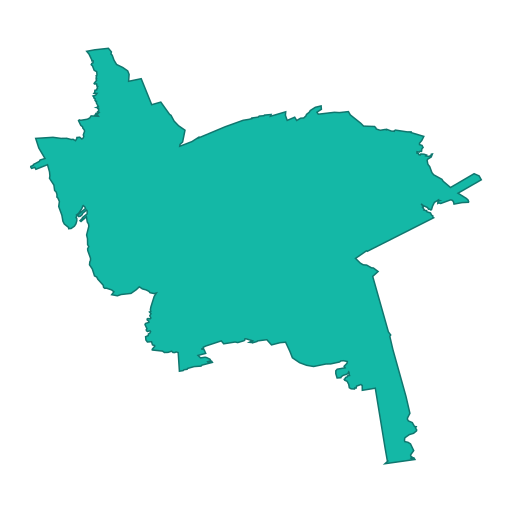 Barasti, Olt, Romania
{"feature_id": "2599482B95691276874704", "entity_name": "Barasti", "entity_type": "district", "adm_level": 2, "iso_a3": "ROU", "parent_name": "Romania", "parent_adm1": "Olt", "projection": "robinson", "projection_center": [24.65, 44.701], "detail": "fine", "context": "isolated", "style": "filled", "palette": "teal", "viewbox_px": 512, "rotation_deg": 0, "n_neighbors": 0, "source": "geoboundaries", "source_scale": "gbopen_adm2", "svg_char_len": 5926}
<svg xmlns="http://www.w3.org/2000/svg" viewBox="0 0 512 512"><path d="M414.9,459.5L413.8,457.8L411.5,458.6L410.9,458.2L412.2,457.2L410.7,456.0L410.6,454.9L413.7,450.6L410.5,443.9L408.0,442.3L404.8,441.6L404.5,440.6L404.7,438.1L405.4,437.4L409.3,434.6L413.6,433.3L416.5,430.9L416.7,429.9L415.5,428.0L416.2,426.7L414.5,426.5L412.3,422.6L408.4,420.9L407.4,419.3L407.5,418.0L409.9,413.3L406.0,396.5L392.9,349.6L389.8,336.3L390.7,335.0L388.4,331.9L372.7,276.4L378.1,271.5L373.4,268.0L371.4,267.8L366.7,265.1L363.2,264.8L360.3,263.1L355.5,258.4L366.5,250.8L367.3,251.3L433.6,217.8L432.8,217.3L432.9,216.0L431.5,215.0L430.5,212.9L427.1,211.9L426.5,211.0L426.8,210.1L426.3,210.8L423.9,210.0L424.2,209.6L422.5,207.3L423.3,207.0L423.3,206.5L421.1,203.8L423.3,205.6L427.5,207.5L428.5,209.2L429.5,209.1L430.9,210.0L431.5,209.6L432.6,206.0L434.4,202.4L438.6,199.8L438.7,200.5L439.6,200.6L438.0,201.3L437.8,203.4L438.8,202.9L440.7,203.5L450.5,199.9L451.9,200.1L453.4,201.5L454.0,204.1L462.0,202.6L468.4,202.3L468.7,201.8L468.0,199.9L466.2,198.3L458.0,193.2L481.3,179.8L479.1,175.9L474.1,173.7L450.5,187.5L443.2,181.3L441.9,179.3L433.7,174.8L431.9,172.6L429.7,166.6L427.9,164.3L427.1,160.4L427.7,159.2L431.2,157.0L432.4,154.0L431.3,154.2L430.9,155.6L428.7,156.4L425.8,155.9L426.5,155.0L424.0,154.2L420.8,154.0L420.2,155.0L418.9,154.7L418.5,153.7L416.9,153.1L417.0,151.7L419.2,152.1L420.1,151.3L421.5,151.4L421.9,148.8L423.1,147.5L422.0,145.4L419.5,144.6L419.5,143.2L421.8,140.5L423.8,136.4L410.8,132.5L411.0,131.9L407.3,131.9L395.4,130.1L394.2,130.8L394.2,131.3L391.4,131.1L386.6,129.3L386.2,129.9L385.4,129.4L380.2,130.3L376.3,129.0L375.7,127.6L374.5,126.5L363.6,126.1L360.7,123.2L350.3,114.9L348.4,111.6L339.5,112.6L334.4,112.3L318.3,114.2L316.9,112.2L321.4,109.3L321.1,105.9L315.3,107.3L310.3,110.5L309.2,112.3L306.5,114.4L306.0,115.8L303.7,118.0L300.6,118.2L296.7,120.5L294.7,117.2L287.2,120.4L285.4,115.3L285.7,111.8L270.4,116.3L271.1,114.5L264.4,115.1L264.0,115.7L259.2,116.1L258.2,117.1L251.9,118.0L252.1,118.5L249.3,119.3L243.1,120.3L225.3,126.7L198.4,138.0L198.5,137.4L191.9,141.6L179.7,146.3L180.0,144.4L182.6,142.0L185.0,130.2L178.5,125.7L174.1,121.1L171.0,115.3L169.6,114.4L160.8,102.1L151.7,104.7L141.2,78.7L128.6,81.3L129.1,74.4L127.7,70.9L122.8,67.5L116.6,64.5L114.0,60.2L112.2,55.2L111.0,54.0L111.4,51.9L108.4,48.3L94.7,49.8L86.7,51.3L89.0,54.1L91.9,60.2L91.8,60.8L93.1,60.9L93.0,62.8L91.8,63.4L91.2,64.7L92.4,65.8L94.2,70.3L96.7,71.7L97.0,75.0L96.1,75.8L96.5,76.6L96.1,78.2L96.6,78.5L96.2,79.4L96.6,80.3L94.1,83.4L94.5,84.0L96.6,83.9L96.9,86.0L97.7,86.4L97.2,87.1L97.5,88.2L96.7,89.1L96.7,89.9L94.9,90.3L94.7,92.4L94.0,93.3L97.0,93.4L95.6,95.2L93.0,96.0L93.9,97.1L93.9,98.0L95.1,98.7L95.0,100.3L95.9,101.5L96.5,101.4L96.4,103.0L98.3,106.4L97.1,106.7L98.5,106.8L96.5,107.5L97.5,107.7L97.7,108.5L98.6,108.5L98.6,111.0L97.8,111.6L98.9,112.3L96.8,113.1L97.6,113.5L95.8,114.0L96.0,114.6L94.9,115.1L95.7,115.9L96.4,115.2L97.7,115.1L98.5,116.3L91.1,115.9L89.8,117.9L87.4,119.2L80.8,120.3L79.3,119.9L78.5,120.6L80.8,125.4L82.5,126.7L82.8,128.1L84.2,129.8L84.6,131.2L83.3,134.9L83.8,136.5L83.1,138.1L81.8,139.0L79.7,137.2L76.9,137.5L76.9,138.4L75.5,140.7L73.1,139.3L71.2,139.5L66.7,138.3L61.0,138.4L53.0,137.3L35.7,138.4L38.8,148.0L45.0,158.5L40.1,160.0L39.3,161.4L33.4,164.5L33.4,165.3L30.8,166.4L30.7,167.0L31.6,168.4L34.8,167.4L35.9,169.3L47.5,164.7L49.5,171.8L49.9,176.0L49.5,178.3L53.9,185.1L54.6,190.4L56.3,192.2L57.0,194.8L56.9,197.1L57.8,197.9L59.4,201.5L58.7,206.5L61.9,215.3L62.9,221.2L64.3,224.0L68.6,227.5L68.7,228.7L71.1,228.5L74.4,226.2L75.9,223.9L76.8,220.8L76.8,218.4L76.0,217.7L76.9,215.7L76.4,215.0L78.6,213.3L81.7,208.8L82.9,205.8L83.3,205.5L85.1,207.3L85.5,208.5L78.7,214.1L77.8,215.4L78.8,216.6L80.3,216.2L82.1,214.7L82.6,213.4L86.6,210.0L87.1,210.6L87.2,213.8L82.5,217.6L82.7,218.0L80.0,220.7L81.0,221.5L86.4,216.8L87.3,222.1L88.5,224.0L88.8,226.3L86.6,235.0L87.5,238.7L87.6,244.7L88.8,246.6L87.6,248.8L87.8,250.7L90.5,258.2L90.5,260.4L89.8,261.9L89.5,264.8L92.3,269.0L94.5,275.9L96.7,277.0L97.8,279.2L103.2,285.2L103.6,287.4L104.8,288.3L106.5,288.2L111.6,289.9L113.9,291.8L111.7,294.7L117.4,295.8L121.1,294.5L131.0,293.4L136.4,289.6L139.3,286.8L142.4,288.9L146.1,289.9L149.0,291.4L150.0,292.7L154.2,293.6L156.4,293.0L154.2,296.4L150.9,306.9L150.4,309.6L150.8,311.5L149.5,312.0L151.0,313.7L149.8,315.7L150.9,318.0L150.1,318.8L147.9,318.5L147.1,319.1L147.3,320.1L148.6,320.9L148.9,322.3L145.5,323.5L145.0,324.6L147.0,328.8L146.2,329.8L146.5,330.8L147.6,331.5L149.9,330.7L150.6,331.6L149.9,333.1L148.4,334.0L148.2,335.6L145.6,336.7L145.9,340.0L147.4,342.0L151.5,341.7L152.5,344.9L154.6,345.5L154.7,346.3L152.2,349.3L152.3,350.0L162.5,351.1L164.4,352.5L168.0,352.4L171.6,351.2L173.0,352.5L174.8,352.6L176.1,351.9L178.2,352.6L179.4,371.2L183.1,370.6L184.1,369.7L187.1,369.3L187.7,368.4L194.1,366.6L201.0,366.1L202.0,365.1L212.4,362.4L211.7,361.3L207.9,362.1L207.6,361.7L210.6,361.0L210.7,360.5L209.9,359.2L206.7,357.6L205.1,357.2L200.5,357.9L198.0,355.4L205.7,353.4L204.2,349.9L203.4,349.3L201.2,349.1L203.5,348.4L203.2,347.3L205.8,346.0L221.3,340.9L223.7,343.8L235.2,342.0L237.7,342.6L244.0,340.7L244.8,340.0L244.8,339.0L245.7,338.7L252.3,340.7L249.3,342.3L251.2,342.5L252.6,341.8L252.6,342.8L257.0,341.5L257.6,340.9L266.8,339.7L271.5,344.9L280.0,342.7L285.6,342.2L289.9,351.4L292.4,357.8L299.6,362.7L306.6,365.3L313.6,366.5L325.9,364.0L330.7,363.9L339.5,362.0L340.9,360.9L343.6,360.7L347.3,361.5L347.0,363.3L344.1,366.3L345.1,367.8L337.2,369.2L335.8,370.8L335.8,373.7L337.1,378.0L340.9,377.7L341.3,376.7L343.1,375.4L347.8,373.8L348.6,371.8L349.1,372.4L349.1,374.2L349.6,375.5L347.5,375.9L347.2,376.9L345.5,377.5L345.2,378.6L344.2,379.3L344.7,380.2L347.1,381.3L348.7,384.3L349.3,387.7L351.1,388.8L354.5,389.0L354.7,388.0L356.1,388.1L356.6,386.1L360.9,384.5L362.2,385.5L362.3,390.3L375.3,388.2L385.1,448.1L387.3,460.6L387.9,461.0L385.0,463.7L414.9,459.5Z" fill="#14b8a6" stroke="#0f766e" stroke-width="1.5"/></svg>